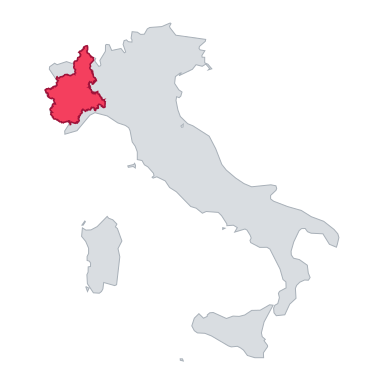 location of Piemonte, Turin, Italy
{"feature_id": "23120603B83257595874769", "entity_name": "Piemonte", "entity_type": "district", "adm_level": 2, "iso_a3": "ITA", "parent_name": "Italy", "parent_adm1": "Turin", "projection": "orthographic", "projection_center": [8.079, 45.262], "detail": "fine", "context": "in_parent", "style": "filled", "palette": "rose", "viewbox_px": 384, "rotation_deg": 0, "n_neighbors": 0, "source": "geoboundaries", "source_scale": "gbopen_adm2", "svg_char_len": 8843}
<svg xmlns="http://www.w3.org/2000/svg" viewBox="0 0 384 384"><path d="M54.6,63.2L57.1,64.7L66.5,61.6L72.1,63.5L76.8,60.4L79.9,55.6L79.2,52.0L86.6,46.2L87.4,52.8L91.6,57.2L95.7,58.3L94.8,61.0L98.8,66.4L100.4,65.8L100.9,64.9L99.9,60.3L105.4,51.3L105.5,45.1L106.5,44.4L109.3,44.8L111.7,50.5L121.0,48.5L124.3,52.8L125.7,52.0L123.1,44.5L124.1,40.6L126.5,39.9L128.3,41.7L131.9,42.1L132.0,39.8L131.1,38.3L132.1,31.7L137.4,32.2L140.6,34.4L144.3,34.2L147.3,28.9L149.7,27.5L161.6,26.6L170.2,23.0L171.0,23.7L169.5,26.3L170.1,27.9L175.8,35.2L205.7,39.4L205.3,41.3L199.4,46.5L199.0,48.4L200.1,49.9L204.9,50.7L201.9,55.5L202.1,57.2L204.7,57.3L204.7,62.8L207.9,64.2L211.8,68.8L208.3,69.9L209.6,68.5L205.8,64.1L202.2,66.3L196.1,64.7L192.4,69.3L179.0,75.7L181.2,73.0L180.2,73.0L175.4,76.6L174.6,83.4L178.8,89.8L182.0,92.0L180.8,96.1L179.1,97.7L176.6,96.7L176.0,100.4L177.9,109.9L180.3,116.5L187.7,123.7L192.9,125.8L209.2,136.2L215.7,148.7L221.8,164.4L226.3,170.1L235.6,178.0L244.0,183.6L251.6,186.8L270.9,184.8L275.9,185.8L276.7,188.4L276.0,190.3L270.6,195.4L270.6,198.9L273.6,201.2L287.4,206.5L301.4,210.5L311.3,216.7L323.7,221.3L334.0,229.4L337.8,233.8L338.9,237.5L337.3,244.4L336.4,247.2L329.4,244.3L322.9,233.8L311.1,233.2L307.5,231.7L305.2,228.5L301.5,228.6L299.1,230.7L293.8,241.8L291.1,251.2L291.3,254.9L293.5,258.2L299.4,259.6L307.3,265.2L308.3,273.1L310.1,277.5L308.4,280.2L304.6,280.0L299.8,282.2L296.6,285.4L295.4,288.4L296.0,298.3L289.7,304.2L284.8,314.8L276.3,315.7L274.0,312.8L273.6,308.2L274.8,305.3L277.8,303.6L279.4,297.6L278.4,293.4L279.5,291.4L286.1,287.9L285.9,281.9L283.0,279.5L280.0,269.0L269.9,249.1L267.0,247.3L259.7,247.4L250.7,242.6L250.0,240.4L251.2,238.0L250.1,235.1L247.0,230.1L245.0,229.0L234.7,232.1L237.3,227.6L233.4,225.2L226.9,225.7L226.8,223.8L221.6,215.7L218.3,212.4L206.2,211.5L202.4,213.2L196.2,208.2L190.7,206.5L176.4,191.8L169.6,187.5L165.2,180.9L156.8,176.8L153.1,178.1L152.1,177.2L154.0,175.8L153.5,173.3L147.8,166.8L144.4,164.8L142.0,160.5L137.3,159.6L137.3,151.9L135.3,146.4L132.2,141.9L130.1,130.8L128.7,127.7L125.3,125.4L117.8,122.9L107.2,115.9L94.9,112.7L89.9,115.2L77.0,130.7L64.9,134.2L64.7,131.0L69.3,123.8L68.4,121.2L60.9,122.0L51.1,115.4L49.8,109.6L52.7,104.2L54.3,102.9L53.5,99.3L47.6,96.1L45.3,91.2L45.2,89.6L46.7,88.7L50.1,89.1L55.7,85.7L57.3,81.1L49.3,69.2L49.6,66.8L54.6,63.2ZM183.0,127.0L183.3,124.1L180.9,126.0L181.6,127.3L183.0,127.0ZM273.1,305.2L264.1,321.9L261.4,332.8L262.2,336.7L265.3,339.4L264.0,340.7L267.5,345.4L267.6,346.7L263.4,352.8L263.6,357.7L254.8,357.7L247.4,355.5L243.5,350.1L240.5,347.9L237.4,346.3L231.2,346.9L228.4,345.9L211.4,335.9L204.8,333.3L197.4,332.9L194.3,330.7L191.8,325.9L194.3,318.2L198.9,313.7L203.5,318.2L207.2,316.4L207.3,314.9L209.8,312.8L213.2,312.5L226.4,318.5L233.0,316.1L239.2,316.4L244.7,315.0L251.7,310.4L260.2,310.2L269.6,304.8L273.1,305.2ZM117.4,228.5L121.9,241.0L118.0,248.6L119.8,256.8L116.6,284.7L114.7,285.6L103.7,282.5L102.9,288.9L101.5,291.5L99.3,293.2L93.4,292.8L87.4,283.7L86.9,274.7L88.1,272.1L88.2,266.9L90.5,266.5L90.6,263.0L89.3,261.1L87.1,260.5L87.1,256.5L88.6,253.5L88.6,248.2L85.7,241.4L81.6,236.4L82.4,227.9L85.9,230.1L91.0,229.9L97.2,226.6L107.2,216.4L108.6,218.2L112.8,219.8L116.9,224.1L115.4,226.9L117.4,228.5ZM134.6,163.3L135.5,165.3L135.3,168.0L133.2,166.5L128.3,167.3L127.8,165.9L133.7,164.5L134.6,163.3ZM89.0,288.2L87.5,291.5L85.9,287.2L86.1,286.7L89.0,288.2ZM85.4,221.7L83.1,225.2L81.9,225.1L84.8,221.0L85.4,221.7ZM183.3,361.0L180.3,360.3L180.2,358.8L182.5,358.9L183.3,361.0ZM225.0,228.2L222.7,229.4L222.7,227.7L225.0,228.2Z" fill="#d9dde1" stroke="#a8b0b8" stroke-width="1"/><path d="M93.3,57.6L92.0,57.2L91.8,56.8L90.9,56.9L90.9,56.5L90.5,56.2L90.7,55.8L90.1,55.5L89.8,54.8L89.3,54.4L89.1,53.7L87.8,53.3L87.6,52.9L87.1,52.7L87.4,52.2L86.7,51.1L87.6,49.9L87.5,49.3L87.7,49.0L87.5,48.2L87.7,47.9L87.5,47.6L87.6,47.4L87.4,47.0L87.6,46.3L87.2,45.7L85.3,46.1L84.4,46.9L83.9,46.9L83.6,47.5L84.2,47.8L84.1,48.5L83.4,49.0L83.0,49.0L82.9,49.6L82.1,49.9L82.1,50.2L81.6,50.9L80.7,51.2L80.1,51.0L78.8,52.3L79.5,52.7L79.6,53.1L80.2,53.5L80.5,54.6L80.8,54.9L80.4,55.5L80.4,56.3L79.6,56.6L79.5,57.2L77.8,57.6L77.5,58.6L77.8,59.5L77.3,59.9L77.3,60.5L77.0,60.5L76.7,61.0L74.9,61.0L74.6,61.6L74.2,61.8L74.2,62.5L74.0,62.9L74.2,63.3L73.8,63.8L74.2,65.4L73.9,66.2L74.1,66.6L73.8,66.8L73.8,67.7L74.5,69.0L75.4,69.4L75.3,69.6L75.5,70.0L74.8,71.2L75.6,72.8L75.0,73.0L74.6,73.7L74.7,74.3L74.2,74.0L73.0,74.1L70.8,75.7L70.5,75.4L69.5,75.6L68.6,75.0L68.0,75.2L67.8,74.7L67.0,74.3L66.2,74.8L65.2,74.5L64.7,74.7L64.3,75.4L63.6,75.7L63.6,76.0L62.6,76.7L62.2,76.4L61.4,76.8L60.2,76.8L60.0,77.3L59.1,78.2L57.6,77.6L57.3,77.9L57.1,77.5L57.3,76.9L57.1,76.7L56.8,77.0L56.6,78.0L56.2,78.6L56.6,79.4L58.2,80.4L57.7,81.1L57.7,81.8L57.0,82.2L56.9,82.8L56.4,82.9L57.0,84.4L56.8,84.7L57.0,85.2L56.7,85.6L56.4,85.5L55.8,86.5L55.4,86.7L54.9,86.2L54.5,86.5L53.9,86.4L53.7,86.7L53.0,86.8L52.9,86.9L53.1,87.1L52.7,87.3L52.8,87.7L52.5,87.8L52.6,88.0L51.3,88.0L51.1,88.4L51.4,88.9L51.3,89.0L50.3,89.4L50.2,89.1L48.5,88.3L47.8,89.0L47.1,88.7L46.4,88.9L46.2,89.4L45.3,89.7L45.1,90.1L45.6,90.7L45.6,91.0L45.9,91.1L45.9,91.8L46.1,92.1L46.0,92.3L46.2,92.8L47.4,92.8L47.8,93.0L48.0,93.6L47.6,93.8L48.2,94.4L48.3,94.8L47.7,95.6L48.1,95.7L47.9,96.1L47.9,96.6L48.4,96.7L48.7,97.2L49.1,97.1L49.2,97.6L50.5,98.4L51.6,98.7L52.1,98.0L53.0,98.6L53.7,98.8L53.9,99.3L54.2,99.4L53.6,100.5L54.1,101.1L54.3,102.5L55.1,103.0L55.4,104.0L53.4,103.8L52.7,104.2L52.4,105.0L52.8,106.1L52.5,106.0L52.1,106.6L52.0,107.6L51.5,107.7L51.6,108.0L51.3,108.2L50.7,108.2L50.1,109.0L50.6,110.6L51.3,111.0L51.5,111.6L52.3,112.3L51.0,112.6L51.0,114.1L50.8,114.5L51.6,114.9L51.7,115.5L52.5,116.2L52.5,116.7L52.8,116.8L52.7,117.1L53.3,117.2L53.3,118.2L53.5,118.6L54.2,119.1L55.3,118.8L56.8,119.9L57.2,119.6L57.5,120.0L57.8,119.9L57.9,120.4L58.5,121.0L59.1,120.9L59.2,121.3L59.9,121.9L61.4,121.7L61.8,122.7L62.6,122.4L63.3,122.8L63.5,122.3L64.2,122.4L65.3,121.8L65.7,122.0L66.0,121.7L66.5,121.7L66.7,121.4L68.0,121.7L68.4,120.8L69.3,120.8L69.5,120.9L69.2,121.6L69.4,121.7L69.1,122.3L70.3,123.9L70.2,124.6L70.5,124.6L70.7,124.1L71.3,123.8L70.6,123.8L70.2,123.1L70.5,122.4L71.3,122.0L72.7,122.6L73.8,122.7L74.2,123.2L75.2,123.0L75.6,123.3L76.2,122.8L77.1,123.2L77.3,123.0L77.0,122.8L77.2,122.7L76.5,122.1L77.2,121.5L78.0,121.9L78.5,121.8L79.2,120.7L79.2,120.1L78.5,119.5L78.8,118.7L78.4,118.3L78.9,118.0L79.1,117.6L78.4,117.1L78.3,116.7L78.7,116.3L79.3,116.7L79.4,115.7L80.0,115.7L80.3,115.2L80.3,114.4L80.5,114.3L80.4,114.0L80.7,113.9L81.1,113.5L81.3,113.6L81.8,113.3L81.8,112.9L82.2,112.4L81.8,111.9L81.9,111.6L81.5,111.4L81.6,110.9L82.1,110.7L82.0,110.3L82.2,109.7L82.9,109.2L83.3,110.0L84.1,110.0L84.5,110.6L85.1,110.6L85.4,111.3L86.1,110.9L86.1,110.6L86.3,110.4L86.4,109.9L86.8,109.7L87.0,110.1L87.3,110.0L87.5,110.2L87.6,109.8L88.0,109.4L88.1,109.8L90.4,109.9L90.4,109.4L91.3,108.7L90.9,108.3L91.5,107.3L92.9,107.7L93.1,107.4L93.7,107.4L94.1,107.8L94.2,108.4L94.5,108.5L94.7,108.9L94.5,109.3L94.9,109.3L95.1,110.0L94.9,110.4L95.4,110.5L95.4,110.2L95.7,110.1L95.7,109.1L96.4,108.7L96.2,108.4L96.3,108.1L96.9,108.1L97.3,107.9L97.8,108.4L98.4,108.1L98.5,107.8L98.0,106.5L98.2,106.4L97.6,105.5L98.2,105.3L98.7,104.3L99.4,104.3L99.7,104.7L100.7,104.6L101.2,105.4L101.4,106.3L102.1,105.9L102.3,106.3L102.8,106.4L102.7,107.0L103.0,107.4L103.9,107.6L105.1,106.9L104.9,105.1L105.1,104.7L105.0,103.9L105.2,103.3L105.0,102.7L105.3,101.7L104.3,101.1L104.3,100.2L103.9,99.8L104.0,99.7L102.8,100.0L102.5,99.5L102.0,99.6L102.0,99.3L101.4,98.6L101.9,98.1L101.5,97.3L101.0,97.3L100.2,96.6L100.3,96.3L100.0,96.1L100.0,95.9L99.5,95.5L99.6,95.2L99.8,95.1L99.3,94.1L98.9,94.2L98.3,94.1L97.9,93.4L97.8,92.0L97.5,92.0L97.5,91.7L97.1,92.0L96.5,92.0L96.5,92.3L96.2,92.3L96.1,92.1L96.1,92.5L95.7,92.5L95.9,92.7L95.4,92.5L95.5,93.0L95.0,92.9L94.9,93.5L94.7,93.2L94.3,93.4L94.4,93.0L93.8,93.0L93.4,92.4L93.1,93.0L92.6,92.7L92.3,93.1L92.1,92.6L91.7,92.4L92.0,91.9L91.7,91.5L92.0,91.2L91.1,90.2L91.2,89.6L90.7,89.4L90.4,88.7L89.8,88.6L89.9,88.2L89.5,88.0L89.8,87.4L90.4,87.1L90.3,86.9L89.8,87.0L89.6,87.3L89.1,87.2L89.7,87.0L89.1,86.4L89.6,86.0L89.2,85.9L89.8,85.8L89.1,85.6L89.1,85.4L89.4,85.6L89.5,85.4L89.3,85.2L89.3,84.6L88.9,84.7L88.9,84.2L88.5,84.1L88.8,83.4L89.4,83.3L89.1,82.5L89.7,82.1L89.7,81.9L90.3,82.3L91.3,82.0L91.6,82.3L91.6,82.6L92.1,83.0L92.3,84.1L92.9,84.1L93.5,83.7L93.7,82.7L94.1,82.8L94.2,82.5L94.6,82.2L94.2,82.0L93.6,81.5L93.6,81.3L94.5,81.3L94.6,80.9L95.5,81.2L95.7,80.9L96.4,80.7L95.9,79.6L96.0,79.4L95.6,79.4L95.7,79.0L95.1,78.5L95.1,77.7L93.7,77.2L93.4,76.7L93.5,76.2L93.3,75.7L93.2,75.0L92.9,74.7L93.2,74.4L93.1,74.0L92.7,73.3L92.2,73.3L92.1,72.8L92.3,72.6L92.6,72.9L92.8,72.8L92.4,72.0L92.6,71.5L91.7,71.5L92.0,70.3L91.7,70.0L90.6,69.7L89.7,68.0L89.8,67.3L90.3,67.0L90.6,66.3L90.0,64.2L93.6,60.3L93.6,59.8L93.1,58.2L93.3,57.6ZM93.4,93.1L93.4,92.9L93.4,93.1Z" fill="#f43f5e" stroke="#9f1239" stroke-width="1.5"/></svg>